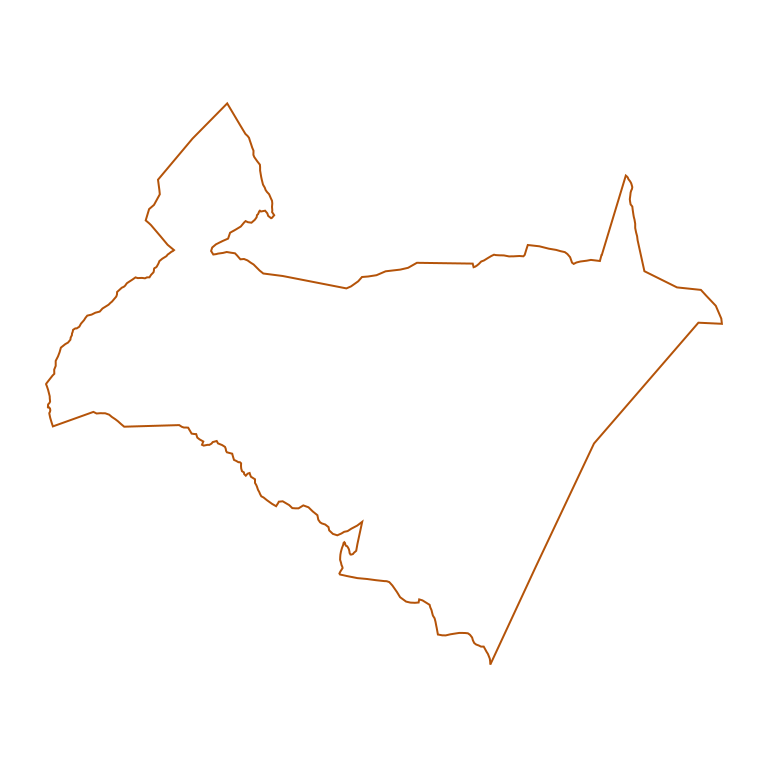 Santo Domingo Ozolotepec, Oaxaca, Mexico
{"feature_id": "50627088B93976403698090", "entity_name": "Santo Domingo Ozolotepec", "entity_type": "district", "adm_level": 2, "iso_a3": "MEX", "parent_name": "Mexico", "parent_adm1": "Oaxaca", "projection": "orthographic", "projection_center": [-96.329, 16.176], "detail": "fine", "context": "isolated", "style": "outline", "palette": "amber", "viewbox_px": 768, "rotation_deg": 0, "n_neighbors": 0, "source": "geoboundaries", "source_scale": "gbopen_adm2", "svg_char_len": 5246}
<svg xmlns="http://www.w3.org/2000/svg" viewBox="0 0 768 768"><path d="M625.8,175.6L601.8,255.0L601.5,255.0L599.9,261.0L595.0,260.4L590.9,259.9L586.7,260.7L580.4,261.5L576.4,262.5L573.7,263.9L572.0,262.6L571.2,260.3L570.1,257.2L567.4,254.0L564.8,252.1L560.7,251.2L556.1,249.9L548.9,248.7L539.4,246.3L527.8,245.0L526.5,249.0L524.7,254.9L523.4,256.3L519.4,256.0L514.0,256.3L509.0,256.4L503.8,255.4L499.4,255.3L495.8,255.1L494.0,254.7L491.3,256.0L488.1,257.9L483.9,260.5L481.2,261.5L478.9,263.9L477.1,265.4L475.3,266.6L473.6,267.2L472.7,263.6L416.9,262.8L408.1,267.8L400.3,269.6L385.6,271.3L376.5,275.2L368.1,276.5L362.0,277.0L358.2,281.3L351.0,286.4L346.4,288.4L282.7,276.0L263.3,273.5L259.7,270.6L253.6,264.5L250.6,262.6L247.5,260.4L244.0,259.0L240.4,259.3L238.9,257.6L237.1,255.5L235.0,253.3L230.9,252.7L226.7,252.0L223.1,252.9L218.0,253.6L216.2,254.1L213.3,254.5L211.1,251.0L212.2,247.5L216.0,244.3L222.4,241.1L228.1,238.6L230.1,232.7L235.5,229.7L240.8,226.5L244.2,222.4L245.6,221.1L247.9,222.2L251.5,222.7L254.8,219.8L256.6,217.3L257.0,215.1L258.1,214.1L259.2,211.4L259.9,210.7L260.9,211.5L265.1,210.7L267.3,213.3L268.2,215.9L271.1,218.2L272.0,217.8L274.2,215.2L272.1,212.1L272.3,210.2L272.0,206.9L272.3,203.4L272.0,200.7L271.0,198.6L269.1,194.2L267.0,192.0L265.6,190.0L264.8,187.7L263.0,184.6L261.8,179.8L261.2,177.0L260.1,170.5L260.1,167.1L259.9,164.7L257.4,161.5L254.3,157.1L253.4,154.9L253.5,150.7L252.2,147.6L251.1,144.2L249.9,140.7L249.0,137.8L247.6,136.0L245.4,133.9L242.2,128.6L239.8,124.6L227.2,103.4L192.5,138.6L158.0,179.7L159.4,190.2L159.8,194.3L154.0,204.9L149.1,209.1L145.7,220.4L149.0,223.2L151.0,225.1L161.7,237.7L167.6,244.8L174.0,250.1L172.8,251.1L171.5,251.7L169.2,253.5L167.6,254.6L166.9,255.6L166.2,256.3L162.3,258.7L159.4,261.1L158.5,263.4L157.8,264.7L156.7,266.7L155.8,267.5L154.5,268.1L154.0,269.0L153.9,270.7L153.5,272.3L151.1,274.8L150.1,276.3L149.5,277.3L149.0,277.3L146.9,277.4L145.0,278.3L141.9,277.9L137.7,278.1L135.5,277.4L132.4,279.6L128.4,282.2L126.8,283.3L125.1,285.7L123.8,286.8L121.8,287.7L117.1,292.0L117.0,294.4L116.3,296.5L112.0,301.6L110.4,302.9L108.6,304.7L102.5,308.5L99.7,311.6L95.4,312.7L92.8,314.0L91.6,314.6L87.3,315.6L85.5,317.8L84.0,320.2L81.0,323.6L79.3,326.7L76.7,328.4L75.3,328.4L73.1,329.8L72.6,332.1L72.0,333.5L71.9,335.2L70.7,337.5L70.4,339.7L68.0,342.6L65.3,344.1L60.9,347.6L59.6,352.2L58.0,356.4L55.7,360.9L55.7,365.9L54.2,369.6L54.3,373.8L52.6,375.5L49.3,379.7L46.2,383.7L46.1,384.3L46.8,386.0L48.1,389.9L49.7,396.2L49.8,398.7L50.1,401.4L49.8,402.3L49.3,403.1L48.6,403.9L48.1,404.4L47.9,407.3L48.2,407.6L48.6,407.6L49.0,407.4L50.0,408.5L50.3,410.3L50.0,411.8L49.4,412.8L49.3,413.5L50.2,417.8L51.7,422.8L52.9,426.4L93.4,411.9L96.6,413.5L100.2,413.2L105.3,413.3L109.2,414.7L111.8,416.9L115.4,419.3L118.0,421.3L121.2,424.2L124.2,426.7L179.2,425.1L181.8,426.8L183.8,427.5L186.0,427.5L188.2,427.7L189.5,430.0L190.0,430.8L191.6,433.6L194.1,434.0L196.2,434.1L197.3,437.6L199.6,439.4L203.3,441.5L202.0,444.8L203.7,445.6L207.8,444.8L209.3,444.9L211.5,443.6L212.7,442.1L216.7,441.0L218.0,443.4L222.2,445.1L225.0,446.9L225.7,448.7L226.1,450.9L226.9,452.3L232.2,453.7L232.7,455.6L233.2,457.3L234.0,459.9L236.2,460.9L238.4,462.2L239.9,462.2L241.1,463.3L241.0,466.0L241.2,468.5L242.0,471.2L243.9,472.4L244.2,474.1L245.8,475.7L247.6,473.7L249.6,473.0L250.1,474.6L250.9,476.7L255.0,479.3L255.0,482.9L256.3,485.1L257.0,486.8L258.0,489.8L259.3,492.1L260.0,493.9L261.3,496.3L263.6,497.5L266.8,500.1L272.1,503.9L276.1,506.2L278.1,503.1L278.8,501.7L282.7,501.3L289.2,505.1L292.3,508.1L295.0,508.3L298.6,508.3L303.3,505.4L308.5,507.3L312.7,511.4L317.4,515.2L318.3,519.7L320.1,522.3L321.8,523.4L325.2,524.5L328.5,527.1L329.2,530.4L332.9,533.9L337.3,535.3L341.4,533.5L344.2,531.8L347.6,531.1L351.3,528.7L357.2,525.6L362.2,521.8L357.4,544.1L356.2,550.8L355.2,551.7L354.0,552.7L353.0,554.0L351.6,554.5L350.5,554.5L349.6,553.0L349.4,551.3L348.9,549.3L348.1,547.7L347.1,546.2L346.1,545.9L345.3,544.6L345.0,543.0L344.3,542.2L343.6,542.9L343.1,545.1L342.0,547.9L341.4,550.0L340.9,551.9L340.4,554.6L340.2,557.1L340.1,559.8L341.0,562.7L341.5,565.0L342.2,566.5L342.6,568.0L341.8,569.3L341.5,569.8L340.9,570.7L340.4,571.5L340.0,572.3L339.4,573.5L340.0,574.5L346.7,576.0L357.3,578.1L367.1,579.0L376.0,580.2L384.4,581.1L386.7,581.2L389.3,582.1L392.4,585.5L397.0,592.1L400.1,597.2L406.1,601.6L410.4,602.6L414.9,602.8L418.6,602.5L419.2,599.4L422.5,600.4L429.6,604.8L430.3,607.4L431.5,610.1L432.2,613.0L432.9,615.6L434.6,618.3L435.5,621.8L436.2,625.5L436.7,627.9L437.9,634.5L442.1,635.3L445.7,635.4L450.4,634.3L454.8,633.6L459.4,632.9L465.0,633.0L467.9,633.3L470.0,634.8L472.1,637.5L472.9,640.3L474.2,643.0L476.1,644.5L478.8,645.5L481.0,646.6L483.7,646.6L485.1,649.1L486.5,651.7L487.9,653.9L488.9,656.4L489.8,658.7L490.2,661.8L490.3,664.6L535.7,566.9L594.0,443.5L698.4,322.7L721.9,323.8L721.3,318.6L715.8,305.8L706.5,296.0L700.9,289.9L677.0,287.4L644.4,271.2L637.6,240.2L637.1,236.2L636.1,232.5L635.2,228.0L635.2,223.8L634.5,219.6L633.8,216.9L633.4,214.6L632.7,209.8L632.3,206.5L630.6,204.4L630.1,201.6L629.8,199.2L630.3,195.4L630.6,192.6L631.2,190.6L632.0,188.9L632.3,187.1L631.8,185.3L631.3,183.6L630.8,182.5L629.8,180.9L628.5,179.3L627.7,177.4L627.0,176.6L625.8,175.6Z" fill="none" stroke="#b45309" stroke-width="2"/></svg>